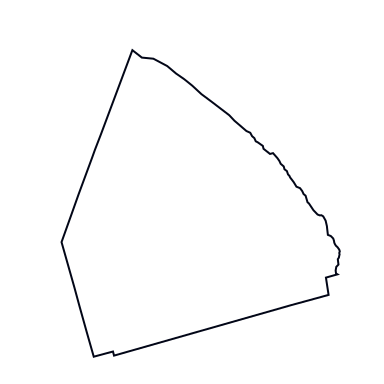 St. Lawrence, New York, United States of America (Natural Earth projection), rotated 81°
{"feature_id": "52423323B93912655119641", "entity_name": "St. Lawrence", "entity_type": "district", "adm_level": 2, "iso_a3": "USA", "parent_name": "United States of America", "parent_adm1": "New York", "projection": "natural_earth1", "projection_center": [-75.114, 44.533], "detail": "fine", "context": "isolated", "style": "outline", "palette": "ink", "viewbox_px": 384, "rotation_deg": 81, "n_neighbors": 0, "source": "geoboundaries", "source_scale": "gbopen_adm2", "svg_char_len": 1097}
<svg xmlns="http://www.w3.org/2000/svg" viewBox="0 0 384 384"><g transform="rotate(81 192 192)"><path d="M197.0,315.5L221.1,328.7L267.8,323.1L287.1,321.0L313.8,317.9L339.3,314.8L337.2,295.0L341.4,294.6L319.3,112.1L315.0,73.2L297.5,73.1L296.1,61.2L295.0,62.5L292.0,62.4L288.5,61.2L286.6,58.7L281.2,58.5L279.8,57.2L278.4,56.7L276.7,56.0L275.3,56.1L273.7,55.3L271.9,55.6L269.3,56.9L267.5,58.3L265.8,59.0L264.3,59.4L262.4,59.4L260.0,59.8L257.2,61.8L255.6,64.5L248.5,64.2L246.9,64.1L241.2,64.5L236.6,66.2L235.2,67.8L235.1,69.4L233.9,71.5L229.0,74.9L221.6,78.3L220.2,79.5L213.4,80.4L211.5,82.1L208.3,83.0L205.1,84.7L203.1,88.0L198.2,90.0L193.0,92.8L191.2,93.3L189.7,94.4L186.2,95.0L184.0,97.1L181.1,97.4L178.0,100.0L175.1,100.8L171.8,102.4L166.3,105.9L166.6,109.0L160.5,114.6L157.6,114.8L153.2,119.3L151.9,121.1L148.5,122.0L146.3,123.9L142.6,125.2L140.3,128.7L128.3,138.9L122.0,143.2L105.2,159.2L96.8,167.4L86.9,175.2L79.3,182.1L72.5,189.2L63.7,196.8L54.3,209.3L51.4,220.5L42.6,228.7L120.9,273.0L135.2,281.3L142.5,285.3L176.6,304.4L197.0,315.5Z" fill="none" stroke="#020617" stroke-width="2"/></g></svg>